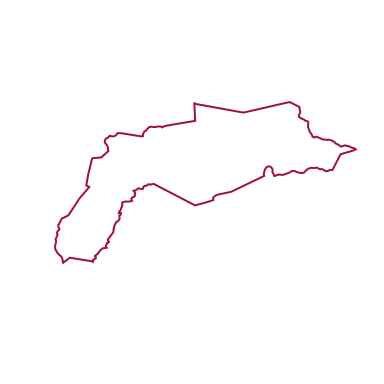 Jacobina, Bahia, Brazil (Albers equal-area conic projection), rotated 129°
{"feature_id": "56859067B82313605605441", "entity_name": "Jacobina", "entity_type": "district", "adm_level": 2, "iso_a3": "BRA", "parent_name": "Brazil", "parent_adm1": "Bahia", "projection": "albers", "projection_center": [-40.536, -11.082], "detail": "fine", "context": "isolated", "style": "outline", "palette": "rose", "viewbox_px": 384, "rotation_deg": 129, "n_neighbors": 0, "source": "geoboundaries", "source_scale": "gbopen_adm2", "svg_char_len": 4383}
<svg xmlns="http://www.w3.org/2000/svg" viewBox="0 0 384 384"><g transform="rotate(129 192 192)"><path d="M200.5,181.2L196.3,178.2L190.8,174.2L184.8,170.3L183.8,171.4L182.9,172.0L181.5,171.8L180.2,171.4L179.3,171.2L177.6,170.1L167.3,161.8L165.1,160.7L158.3,157.5L134.0,146.0L133.4,147.0L132.6,147.7L131.7,148.0L130.4,148.7L128.8,149.5L127.5,149.6L126.3,149.7L125.3,149.5L124.3,148.9L123.6,148.2L123.1,147.3L123.0,146.2L123.3,144.5L124.0,143.3L125.3,142.5L126.4,141.4L126.6,140.1L127.2,139.2L127.8,138.0L126.7,137.3L125.4,136.6L124.1,135.8L123.4,134.9L122.8,134.0L122.2,133.0L121.3,132.0L120.2,131.3L119.3,130.7L118.1,130.0L117.3,129.5L116.1,128.7L114.7,128.1L113.3,127.8L112.4,127.3L111.7,126.4L110.9,125.0L110.7,123.5L110.2,122.3L109.5,120.7L108.8,119.6L108.2,118.5L107.5,117.8L106.4,117.2L104.8,117.0L102.8,116.9L101.2,116.4L99.5,115.6L98.4,114.7L97.6,113.8L97.1,112.9L96.3,111.9L95.4,111.2L94.5,110.3L94.2,109.0L94.1,107.8L93.5,106.6L92.4,105.4L92.0,104.1L92.0,102.7L91.6,101.2L91.0,100.4L89.9,99.5L88.7,99.0L87.7,98.2L86.4,96.7L69.1,100.3L58.6,93.0L55.9,91.6L55.9,93.0L56.2,94.2L57.0,95.6L57.3,96.8L57.5,98.2L58.0,99.3L58.7,100.5L59.2,101.9L60.0,102.9L61.2,103.4L62.0,104.1L63.2,105.3L63.2,106.8L63.0,107.9L63.4,109.0L63.7,110.1L63.9,111.1L63.6,112.3L63.4,113.5L63.9,114.5L64.1,116.0L64.8,117.7L65.4,119.0L66.2,119.5L66.9,120.4L67.5,121.5L68.2,122.3L68.7,123.4L69.3,124.6L69.5,126.5L70.0,127.7L70.4,128.9L70.8,130.3L71.7,130.8L72.7,131.2L72.7,132.2L73.2,133.1L72.2,134.7L71.5,136.5L71.3,138.1L70.6,139.1L69.9,140.2L69.5,141.1L68.7,142.4L67.6,143.5L66.5,144.1L65.5,144.8L64.5,145.9L64.4,147.0L65.0,148.2L65.3,149.3L65.3,151.1L65.7,152.5L66.2,153.5L66.1,154.8L66.4,155.9L65.9,156.8L64.7,157.3L63.5,157.6L62.4,157.8L61.4,158.5L60.5,159.7L59.8,160.7L58.3,161.9L60.6,172.6L61.3,173.2L62.6,174.3L97.8,201.9L99.2,204.3L117.5,237.7L120.7,243.5L121.6,245.9L125.1,242.9L134.7,234.3L145.2,243.6L146.7,244.9L151.8,249.4L157.4,254.3L158.9,255.3L160.5,255.7L160.5,257.0L161.2,257.9L161.8,258.8L162.6,259.8L163.7,260.6L165.0,261.7L165.6,262.6L166.3,263.8L166.9,264.8L167.8,265.7L168.8,266.2L170.0,266.3L171.8,266.4L173.3,266.3L174.8,267.1L176.2,266.8L177.6,266.5L178.6,266.2L179.4,265.3L180.6,266.2L181.4,267.6L182.2,269.0L189.4,281.5L190.7,283.8L193.0,286.8L194.3,286.8L195.5,286.8L196.7,287.1L197.9,287.8L198.7,288.6L199.4,289.9L199.9,291.2L201.2,291.4L202.3,291.5L203.2,291.8L204.5,292.4L206.0,292.3L207.2,291.9L208.2,291.0L208.7,290.1L208.8,288.9L209.2,287.5L209.7,286.4L210.4,285.1L211.5,284.3L212.2,283.7L212.8,282.8L222.3,284.3L226.6,288.8L228.0,290.3L228.8,290.7L231.4,289.5L241.1,284.9L242.0,284.6L253.3,278.4L253.1,276.6L252.8,275.0L267.9,275.4L279.1,274.2L287.8,273.4L289.1,273.9L294.8,276.5L299.3,275.4L300.7,275.2L302.0,275.1L302.9,274.0L303.8,272.9L304.2,271.8L305.3,271.3L306.4,271.8L307.3,271.7L308.9,271.1L309.5,270.0L310.4,269.4L311.9,269.0L313.4,268.5L314.7,268.2L315.5,267.0L316.2,266.2L317.2,265.8L318.3,265.4L319.2,264.9L320.1,264.4L321.1,263.7L321.8,262.9L322.4,262.1L322.9,261.3L323.1,260.3L323.7,259.2L324.1,258.0L324.0,257.0L324.3,256.0L324.3,255.0L324.4,253.5L324.8,251.9L325.8,250.4L326.5,249.4L327.4,248.7L328.1,247.6L319.8,245.5L319.1,244.1L308.9,226.3L308.7,225.0L307.7,225.3L306.9,226.1L305.5,225.6L303.8,225.1L303.1,225.7L302.9,227.1L301.9,227.1L300.7,226.7L299.6,226.3L298.2,226.5L297.0,226.5L295.6,226.6L294.5,226.5L293.6,226.3L292.3,226.1L291.0,225.1L289.9,224.0L289.0,223.3L288.7,224.4L287.9,225.3L286.5,225.4L285.7,225.8L284.7,226.0L284.0,225.1L282.9,225.3L282.5,226.8L281.8,227.5L272.5,227.9L271.6,228.6L270.5,229.5L269.4,229.5L268.7,230.4L267.4,230.8L266.1,231.4L265.1,231.6L263.6,231.9L262.2,231.7L260.8,231.0L259.4,231.3L258.2,231.4L257.3,232.4L256.2,233.6L255.0,233.2L254.1,233.3L253.1,233.9L253.5,234.9L254.4,235.6L253.5,236.2L252.1,236.1L250.9,236.1L249.9,236.6L248.6,237.1L247.4,237.2L246.4,237.8L245.2,238.6L244.7,239.4L243.7,239.5L242.4,238.6L241.2,237.7L240.3,236.4L239.6,235.5L239.0,234.8L237.9,234.1L236.7,233.0L236.2,233.8L235.4,234.8L234.3,235.0L233.3,234.7L232.2,234.0L230.7,234.0L229.8,235.2L228.7,235.4L228.1,236.6L227.8,238.1L226.7,237.3L225.8,236.8L224.9,236.6L223.9,236.3L222.7,235.9L222.3,235.0L221.7,233.6L220.9,232.4L220.1,232.1L219.3,232.7L218.2,233.0L216.7,232.5L216.0,231.4L214.7,231.0L213.6,230.9L212.9,229.9L212.3,228.7L211.3,228.1L209.8,226.9L207.2,214.1L200.5,181.2Z" fill="none" stroke="#9f1239" stroke-width="2"/></g></svg>